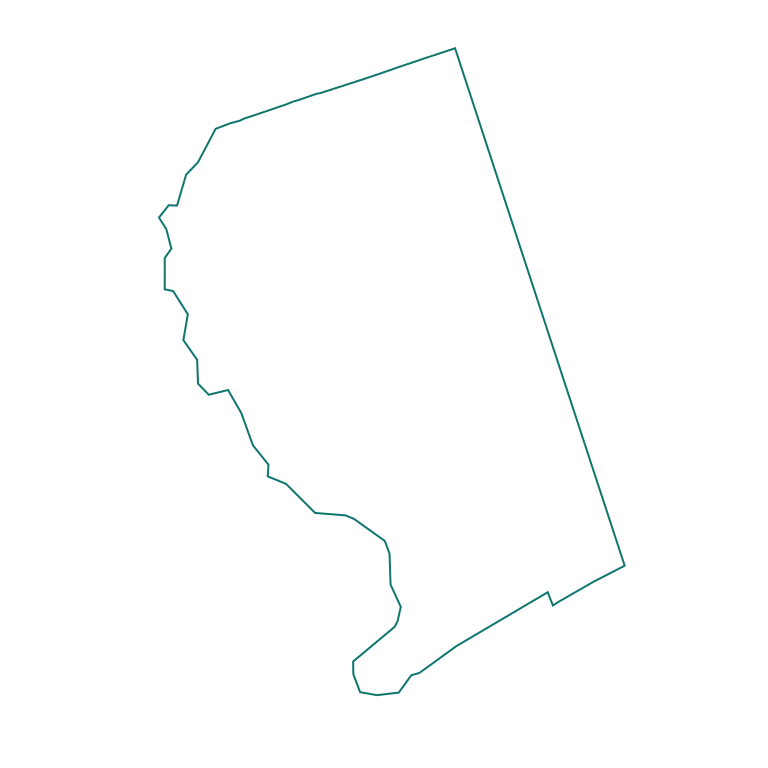 the district of Santa Rosa, Florida, United States of America, rotated 341°
{"feature_id": "52423323B90270003054506", "entity_name": "Santa Rosa", "entity_type": "district", "adm_level": 2, "iso_a3": "USA", "parent_name": "United States of America", "parent_adm1": "Florida", "projection": "equal_earth", "projection_center": [-87.113, 30.667], "detail": "fine", "context": "isolated", "style": "outline", "palette": "teal", "viewbox_px": 768, "rotation_deg": 341, "n_neighbors": 0, "source": "geoboundaries", "source_scale": "gbopen_adm2", "svg_char_len": 938}
<svg xmlns="http://www.w3.org/2000/svg" viewBox="0 0 768 768"><g transform="rotate(341 384 384)"><path d="M471.6,648.4L478.0,646.8L517.6,639.2L551.3,634.3L552.4,634.1L556.3,367.6L560.5,89.7L560.3,89.7L530.5,89.3L529.5,89.3L502.1,89.1L492.0,89.2L465.5,89.1L418.2,88.2L414.3,87.6L399.1,87.7L392.9,87.6L390.5,87.4L381.3,87.8L374.4,87.7L371.3,87.8L337.8,87.5L333.7,88.1L323.1,87.4L308.5,87.9L307.9,87.9L280.3,113.8L265.1,121.6L246.4,147.9L238.6,144.9L225.4,153.4L228.6,166.8L227.0,186.8L217.7,193.5L207.5,223.1L214.9,227.5L221.2,254.2L208.6,277.2L215.2,300.3L208.3,323.1L214.8,337.1L234.6,338.9L239.6,365.1L240.1,399.3L248.5,422.7L244.0,433.5L258.9,446.6L276.9,483.5L304.9,495.7L311.7,501.8L333.7,532.7L334.0,546.2L324.9,575.8L327.3,600.2L319.8,612.4L315.2,617.0L264.5,636.3L260.5,648.5L261.1,667.6L276.0,675.9L297.5,680.6L314.9,668.3L323.4,668.7L367.4,655.3L471.0,634.2L471.6,648.4Z" fill="none" stroke="#0f766e" stroke-width="2"/></g></svg>